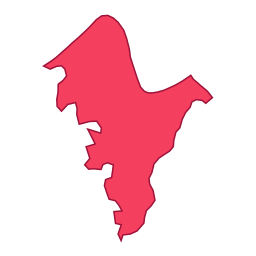 outline of Barra do Guarita, Rio Grande do Sul, Brazil
{"feature_id": "56859067B90277540164960", "entity_name": "Barra do Guarita", "entity_type": "district", "adm_level": 2, "iso_a3": "BRA", "parent_name": "Brazil", "parent_adm1": "Rio Grande do Sul", "projection": "robinson", "projection_center": [-53.764, -27.213], "detail": "fine", "context": "isolated", "style": "filled", "palette": "rose", "viewbox_px": 256, "rotation_deg": 0, "n_neighbors": 0, "source": "geoboundaries", "source_scale": "gbopen_adm2", "svg_char_len": 1377}
<svg xmlns="http://www.w3.org/2000/svg" viewBox="0 0 256 256"><path d="M43.6,66.0L50.2,69.1L56.4,66.4L61.5,65.8L64.8,69.0L66.6,75.9L63.1,80.4L58.2,84.2L58.0,92.4L56.8,99.3L57.1,106.3L61.5,111.2L67.8,104.4L75.5,102.6L77.1,108.5L76.8,114.7L79.2,124.2L89.6,121.5L96.7,121.2L101.4,128.1L100.7,133.1L87.7,129.1L95.2,144.0L86.1,146.7L89.8,158.4L84.7,164.9L88.7,169.2L93.7,168.8L101.0,169.5L103.0,164.5L107.5,162.8L113.3,164.9L112.7,170.2L111.6,177.5L105.6,179.6L104.4,185.6L106.9,193.1L109.1,199.2L115.3,200.7L118.8,205.1L122.0,210.9L113.9,211.6L115.5,223.4L121.3,224.7L118.1,234.0L121.1,240.6L122.9,235.0L130.4,234.0L137.1,230.9L143.9,223.1L144.5,217.7L146.4,210.6L151.1,205.9L155.0,200.2L153.1,190.5L149.7,184.2L149.0,178.3L151.8,172.8L154.0,163.9L159.0,158.1L163.8,154.8L169.6,151.1L173.3,146.7L173.8,140.4L175.9,132.1L179.8,127.9L182.2,119.4L185.6,112.5L190.1,107.3L191.9,101.9L196.1,99.7L201.9,100.3L205.8,103.3L212.4,97.6L207.5,91.3L200.7,85.6L193.3,79.2L190.8,75.3L187.2,77.8L182.3,81.1L175.7,84.9L171.3,87.0L163.8,90.3L158.2,91.9L152.7,92.9L148.3,92.9L144.4,91.3L140.6,87.2L137.4,78.8L135.2,72.1L133.4,66.6L130.4,57.2L129.3,49.0L126.6,38.4L123.7,30.2L118.1,22.3L113.3,18.0L107.7,15.4L101.6,15.9L96.3,19.7L92.8,23.5L89.6,27.0L85.0,31.5L77.5,38.4L72.1,43.0L68.4,46.6L63.6,50.8L59.8,54.2L55.8,57.7L50.3,61.7L43.6,66.0Z" fill="#f43f5e" stroke="#9f1239" stroke-width="1.5"/></svg>